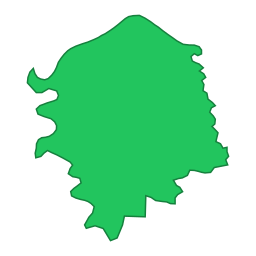 Iraí, Rio Grande do Sul, Brazil (Mercator projection)
{"feature_id": "56859067B57334464223199", "entity_name": "Iraí", "entity_type": "district", "adm_level": 2, "iso_a3": "BRA", "parent_name": "Brazil", "parent_adm1": "Rio Grande do Sul", "projection": "mercator", "projection_center": [-53.247, -27.255], "detail": "fine", "context": "isolated", "style": "filled", "palette": "green", "viewbox_px": 256, "rotation_deg": 0, "n_neighbors": 0, "source": "geoboundaries", "source_scale": "gbopen_adm2", "svg_char_len": 1988}
<svg xmlns="http://www.w3.org/2000/svg" viewBox="0 0 256 256"><path d="M33.3,68.4L29.9,72.1L28.0,77.3L27.4,82.8L36.3,92.6L41.9,92.6L48.8,88.5L56.7,90.9L58.5,95.5L56.9,99.5L53.8,100.9L46.9,103.0L43.6,104.3L40.0,105.6L36.3,109.1L38.0,114.1L43.9,116.5L51.0,118.7L54.7,121.8L56.6,125.6L56.4,129.6L53.4,133.6L49.3,136.3L45.4,137.3L41.7,137.7L38.5,139.7L36.5,143.8L36.3,148.2L35.2,153.2L35.8,157.8L40.9,156.4L44.1,153.0L47.5,150.5L51.7,152.6L56.7,154.8L62.9,158.0L70.1,162.0L72.6,165.1L70.2,168.5L68.3,173.7L72.7,176.7L76.3,177.3L79.8,178.3L81.1,182.9L77.2,186.0L73.9,188.4L70.7,191.5L71.6,195.9L75.8,198.0L80.5,199.4L84.7,200.3L88.0,201.5L91.0,203.4L94.2,206.6L92.6,213.0L88.9,217.2L86.7,221.2L84.6,224.9L86.3,228.3L90.0,227.2L95.1,225.8L103.2,228.5L110.5,240.6L117.1,238.0L122.5,225.0L124.4,216.1L145.2,216.8L145.8,195.7L151.1,197.4L155.6,200.5L162.4,201.5L166.6,201.9L170.5,203.6L175.1,203.8L175.1,197.9L177.6,194.6L182.6,191.7L179.8,187.3L176.5,185.5L173.4,180.2L178.5,178.5L182.3,177.9L187.4,175.4L189.8,170.2L194.3,170.4L197.8,171.2L201.7,172.3L205.0,172.9L210.6,172.4L214.3,167.5L227.7,164.9L225.7,159.7L228.6,156.3L227.0,151.7L227.0,147.3L223.0,148.2L220.5,143.8L215.9,141.6L216.8,137.7L218.0,132.8L214.7,129.2L212.0,126.5L214.8,124.0L215.3,119.2L213.3,116.0L209.7,112.2L211.4,107.8L215.3,105.7L212.5,102.6L208.0,99.1L206.9,93.2L203.0,90.7L203.9,84.5L201.7,80.5L205.7,77.4L203.7,73.8L199.4,71.0L203.3,67.8L199.1,64.0L195.6,62.7L192.3,61.0L191.0,56.5L194.3,53.7L197.8,55.6L201.5,53.9L201.5,50.0L199.1,46.7L194.3,45.1L189.1,45.0L183.1,44.3L176.8,40.8L173.1,38.1L167.9,34.5L162.6,30.6L158.4,27.2L154.5,24.7L151.0,22.0L145.1,18.2L139.4,15.4L133.2,15.7L128.7,16.6L125.3,18.6L121.7,21.6L117.5,25.1L113.6,28.1L109.1,31.2L104.9,33.9L101.5,35.5L98.4,37.5L94.3,39.4L87.8,42.1L82.4,43.8L75.8,46.2L70.7,48.7L67.7,50.8L64.2,54.3L61.2,58.1L58.4,62.3L56.4,67.7L54.5,71.5L51.8,75.1L48.2,78.6L44.7,79.8L40.6,79.0L37.4,77.4L34.9,73.6L33.3,68.4Z" fill="#22c55e" stroke="#15803d" stroke-width="1.5"/></svg>